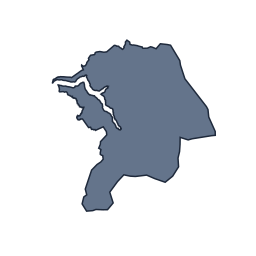 Luster nor, Sogn og Fjordane, Norway, rotated 107°
{"feature_id": "86288312B33434910544397", "entity_name": "Luster nor", "entity_type": "district", "adm_level": 2, "iso_a3": "NOR", "parent_name": "Norway", "parent_adm1": "Sogn og Fjordane", "projection": "albers", "projection_center": [7.392, 61.52], "detail": "fine", "context": "isolated", "style": "filled", "palette": "slate", "viewbox_px": 256, "rotation_deg": 107, "n_neighbors": 0, "source": "geoboundaries", "source_scale": "gbopen_adm2", "svg_char_len": 5861}
<svg xmlns="http://www.w3.org/2000/svg" viewBox="0 0 256 256"><g transform="rotate(107 128 128)"><path d="M107.5,213.4L104.8,212.4L102.6,210.2L102.4,209.8L102.3,208.6L101.9,207.0L101.5,206.4L101.2,205.2L101.4,204.2L101.2,203.1L100.8,201.5L100.8,199.3L100.6,197.2L100.7,196.2L100.4,195.0L99.7,193.5L99.6,192.4L98.9,191.7L97.4,191.4L95.7,190.7L94.5,189.6L93.6,189.1L93.3,188.8L92.4,187.3L91.7,186.7L91.7,185.9L91.4,185.1L91.2,185.0L90.9,185.0L90.2,184.3L89.9,184.3L89.8,184.1L89.8,183.9L89.4,183.7L89.5,183.7L89.5,183.4L89.8,182.8L90.2,182.7L90.7,182.9L91.6,182.5L92.2,181.7L93.6,180.6L94.2,180.1L94.4,179.4L94.8,179.2L95.3,178.5L96.3,177.9L96.9,177.2L97.6,176.8L98.5,176.8L99.2,176.1L99.5,175.4L99.8,175.3L100.3,174.2L101.1,173.4L101.5,172.6L101.5,172.1L101.8,171.3L101.7,171.0L101.7,170.2L101.2,169.2L101.3,168.5L101.3,168.4L101.1,168.1L101.2,167.8L101.1,166.4L100.9,166.1L100.0,165.6L99.6,165.1L98.8,164.7L97.6,163.4L97.3,163.4L96.0,162.6L94.4,160.8L94.2,160.3L94.1,160.1L94.3,160.0L94.1,160.1L94.0,159.3L94.3,159.5L94.9,159.3L95.1,159.5L95.2,159.4L95.3,159.0L95.7,159.0L95.8,159.0L96.4,159.7L96.7,159.8L97.4,160.5L98.1,160.7L100.2,160.7L101.2,161.4L101.5,162.2L102.2,162.4L102.7,163.3L103.2,163.2L103.6,163.7L104.3,162.1L104.3,161.8L104.5,161.1L104.5,160.8L105.2,159.8L105.9,159.2L106.9,158.9L107.7,158.3L107.6,158.1L108.0,157.6L108.7,157.3L109.4,157.3L110.1,156.8L111.9,156.4L112.5,155.9L112.8,155.3L112.7,155.0L113.0,154.1L113.1,153.1L113.4,152.1L114.0,150.9L114.1,150.2L114.0,149.7L114.0,148.8L114.2,148.6L114.3,148.2L115.0,147.9L115.2,147.5L115.8,147.4L116.1,147.2L115.8,147.1L117.0,147.1L117.7,146.3L118.1,146.4L118.8,146.0L119.2,146.1L120.5,145.0L121.0,144.4L123.0,143.6L123.3,143.1L123.2,142.9L123.8,142.6L123.9,142.2L123.9,141.9L124.2,141.4L125.9,140.0L126.1,139.7L126.8,139.2L126.9,138.9L127.5,138.6L128.3,137.9L128.6,137.5L128.5,137.2L128.7,136.8L129.0,136.4L128.9,136.2L129.1,135.6L129.9,135.1L130.1,134.7L130.5,134.3L131.3,134.3L131.6,134.5L131.9,134.8L131.7,135.0L132.1,135.1L132.0,135.3L132.1,135.6L132.2,135.9L132.1,136.8L131.4,137.2L131.2,137.4L131.5,138.5L130.9,139.4L129.1,140.8L127.8,142.1L127.7,142.2L127.5,143.0L127.1,143.3L126.7,144.2L126.2,144.6L126.0,145.0L125.4,145.0L123.8,145.7L122.3,145.9L121.9,146.7L121.8,147.1L120.0,148.7L119.8,149.1L119.3,150.5L119.3,151.5L119.0,151.9L118.8,152.8L118.6,153.0L118.6,153.9L118.7,154.3L118.7,155.3L118.3,156.2L116.1,158.4L115.0,158.6L114.6,158.6L113.9,159.1L112.7,159.5L112.4,160.0L112.2,160.6L111.8,161.5L111.2,161.8L111.1,162.1L109.9,163.3L109.7,163.9L109.7,164.3L109.5,165.1L109.0,165.9L108.7,166.2L108.0,167.8L108.0,168.3L107.0,169.5L107.1,169.9L107.4,170.6L107.2,170.9L107.4,173.2L107.3,173.8L107.5,173.8L107.6,174.3L107.2,174.9L107.2,175.4L106.7,176.1L106.3,176.4L106.4,176.7L106.1,177.1L105.0,178.0L103.9,179.6L103.0,180.5L101.0,181.7L99.2,182.4L97.3,183.6L97.4,184.5L98.3,185.3L98.8,186.1L99.7,186.8L101.6,187.6L102.4,188.2L102.8,188.8L103.3,190.7L103.6,190.8L104.0,190.6L104.3,190.9L104.9,191.1L105.6,192.1L105.7,192.9L105.7,194.4L105.8,195.9L106.0,197.0L106.0,197.6L106.2,198.3L106.1,199.7L106.9,202.1L107.0,203.3L106.9,204.1L106.9,204.6L107.2,205.4L107.1,206.8L107.3,207.4L108.8,206.1L110.9,204.9L112.9,204.6L113.3,204.3L113.4,204.0L113.2,203.3L112.1,200.6L112.1,199.9L112.3,199.5L112.2,199.0L111.5,198.0L111.5,197.2L112.5,196.0L113.2,195.8L113.8,195.2L113.7,195.0L114.1,193.4L113.9,193.1L114.1,192.8L114.1,192.6L114.3,192.0L114.4,191.2L114.1,190.6L114.8,190.6L115.1,190.0L115.3,189.2L115.0,189.2L114.8,188.9L115.2,188.4L115.2,188.2L115.0,187.9L115.2,187.3L114.9,186.7L115.4,186.0L115.7,186.0L116.0,185.6L116.3,185.4L116.4,185.1L116.7,185.2L116.9,184.9L117.1,184.8L117.2,184.5L117.9,184.5L118.4,184.1L118.5,183.9L119.5,183.6L119.6,182.9L119.6,182.6L119.9,182.4L120.5,182.2L120.5,181.4L121.1,180.9L121.8,180.7L121.9,180.4L121.8,180.2L121.9,179.8L121.6,179.5L121.8,179.0L121.6,178.4L121.8,178.1L121.7,177.8L121.9,177.7L121.3,177.0L121.1,176.3L121.8,176.3L122.0,176.7L123.1,176.4L125.0,176.9L126.4,176.7L126.9,176.9L127.1,176.6L128.1,176.9L128.2,177.3L128.7,177.3L128.9,177.5L130.1,177.5L130.8,178.4L130.7,178.6L130.9,179.0L130.7,179.6L131.5,179.6L131.5,180.1L131.8,180.2L132.2,180.1L132.2,179.9L132.8,180.1L133.4,179.8L133.5,179.5L134.0,179.2L134.8,178.1L134.6,177.6L134.6,177.2L134.3,177.2L134.2,176.7L133.8,176.1L133.4,176.2L133.2,176.0L133.1,175.2L132.9,174.9L132.7,174.1L139.1,165.8L138.2,164.0L140.0,162.5L139.5,161.2L139.8,160.0L139.1,159.2L139.7,158.2L139.4,158.0L134.1,152.0L137.8,147.6L140.8,146.3L149.1,150.3L151.7,149.7L155.9,150.1L156.5,147.6L159.8,147.3L161.3,146.8L161.7,145.6L161.8,144.1L165.1,142.6L168.5,144.1L171.9,146.9L178.9,150.5L198.9,151.0L204.0,147.9L206.7,150.0L207.0,150.1L214.0,149.7L219.6,143.3L217.3,137.5L215.3,134.9L213.5,128.0L212.1,123.7L204.0,120.3L194.7,126.7L182.4,122.4L174.0,118.3L173.4,111.8L172.2,106.8L167.6,96.4L168.6,87.4L169.0,76.6L161.0,71.2L150.3,68.3L142.1,71.4L135.5,71.8L128.6,73.4L121.7,75.4L121.8,67.0L119.6,63.6L119.0,62.4L110.9,45.8L109.5,42.4L105.8,43.6L93.9,54.0L87.0,56.9L84.6,59.3L64.3,88.0L52.6,96.2L48.4,98.2L36.4,111.5L36.7,114.9L38.0,121.7L44.0,124.3L43.6,128.5L43.7,130.2L46.0,132.8L47.4,137.0L47.2,137.6L46.4,138.0L46.6,141.9L46.5,143.2L47.0,147.0L47.5,148.2L47.4,150.5L45.4,151.5L44.3,154.7L46.5,155.6L48.5,155.0L51.6,155.7L52.2,155.2L54.4,156.1L54.4,156.6L53.6,158.0L53.6,158.9L53.0,160.3L52.6,160.8L52.7,161.8L53.1,162.6L52.7,163.8L53.0,165.3L61.4,170.6L62.6,173.2L63.1,177.3L64.7,180.6L65.7,181.4L67.0,181.3L67.6,181.5L69.4,185.1L72.9,186.2L74.2,185.3L76.2,186.1L77.3,186.5L78.9,186.4L80.9,187.0L82.0,188.7L81.4,190.7L82.3,190.5L83.3,189.4L83.7,189.2L85.4,187.7L86.4,189.1L96.3,196.7L96.2,197.7L97.1,201.0L98.0,205.2L98.3,206.0L98.6,207.5L99.3,208.4L99.2,208.9L100.0,209.8L99.8,210.0L100.9,211.2L101.6,211.5L102.8,212.7L103.1,213.3L103.6,213.6L107.5,213.4Z" fill="#64748b" stroke="#1e293b" stroke-width="1.5"/></g></svg>